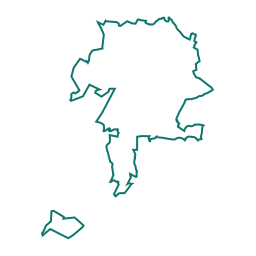 San Cristóbal de las Casas, Chiapas, Mexico, rotated 91°
{"feature_id": "50627088B72406563366189", "entity_name": "San Cristóbal de las Casas", "entity_type": "district", "adm_level": 2, "iso_a3": "MEX", "parent_name": "Mexico", "parent_adm1": "Chiapas", "projection": "robinson", "projection_center": [-92.57, 16.664], "detail": "fine", "context": "isolated", "style": "outline", "palette": "teal", "viewbox_px": 256, "rotation_deg": 91, "n_neighbors": 0, "source": "geoboundaries", "source_scale": "gbopen_adm2", "svg_char_len": 5578}
<svg xmlns="http://www.w3.org/2000/svg" viewBox="0 0 256 256"><g transform="rotate(91 128 128)"><path d="M138.9,58.1L138.5,58.1L137.8,54.3L135.8,55.0L131.1,54.0L128.0,53.9L124.4,53.3L124.1,52.8L123.6,54.2L123.6,55.2L123.2,57.1L123.5,61.4L124.2,62.2L125.2,64.4L124.9,66.2L124.7,66.7L125.0,68.3L125.9,69.7L126.2,70.2L127.2,70.6L129.2,71.7L129.9,71.7L125.9,78.1L125.7,78.1L125.3,78.0L125.4,77.5L124.8,77.4L124.4,77.7L124.1,77.7L123.4,77.7L122.7,77.3L122.6,77.0L122.2,77.3L121.8,77.9L121.7,77.9L121.1,78.3L120.9,78.3L120.6,78.5L120.7,79.2L120.0,79.5L119.3,79.6L119.0,79.2L118.9,79.3L118.9,79.7L118.1,79.9L112.0,77.3L110.8,76.9L109.5,76.0L108.3,75.5L107.5,74.8L106.9,74.7L104.6,73.4L102.2,72.2L98.7,70.9L98.2,69.2L98.1,67.8L98.0,64.8L97.3,62.7L96.6,60.2L95.9,59.2L95.0,57.7L94.8,56.8L94.7,55.5L94.3,54.3L93.6,53.0L92.5,52.0L92.4,51.4L92.2,50.6L91.5,48.9L91.3,48.7L88.9,44.7L88.3,43.9L87.8,44.1L85.7,45.6L84.7,47.3L78.2,55.8L78.0,56.7L77.1,57.0L76.2,60.8L72.7,62.9L72.5,63.1L70.1,63.8L68.6,60.6L67.5,60.7L66.1,61.1L64.3,60.9L63.9,60.9L63.2,61.4L62.8,61.3L62.1,60.3L60.8,59.0L60.2,58.0L60.0,57.6L59.4,57.8L58.4,57.9L55.3,58.7L53.8,59.2L48.5,59.8L46.7,63.1L46.2,63.7L44.9,63.0L43.8,63.0L41.3,61.1L40.9,61.4L40.4,62.8L40.1,63.2L39.1,63.0L38.0,63.0L34.3,61.7L33.3,62.0L33.3,63.1L32.9,64.0L32.6,64.3L32.2,64.9L32.3,65.6L32.8,65.9L33.0,66.6L33.8,66.6L34.8,67.0L36.8,67.2L37.4,67.5L38.5,67.9L37.4,70.0L37.4,70.5L36.9,71.1L36.8,71.6L36.1,72.8L35.3,74.2L33.6,75.4L33.5,75.6L32.7,76.1L31.7,77.2L31.2,77.4L29.2,79.5L28.5,80.3L27.2,81.2L25.3,81.8L24.9,82.1L23.6,83.0L23.2,83.5L22.1,84.4L21.8,85.0L20.8,85.4L20.2,85.8L19.3,86.1L18.9,86.7L18.4,87.2L18.2,87.7L17.7,88.0L17.1,88.5L16.8,88.9L16.8,89.1L16.9,89.3L17.1,89.4L17.5,89.4L18.2,89.2L19.3,89.1L20.4,89.3L20.8,89.9L20.8,90.8L20.7,91.2L20.5,91.5L20.0,92.5L19.8,92.8L18.7,93.2L17.9,93.9L17.3,93.8L17.1,93.9L17.0,94.3L17.2,94.8L17.5,95.1L17.8,95.5L17.8,95.8L17.7,96.3L18.1,96.7L18.4,97.0L18.3,98.0L18.5,98.8L18.8,99.3L19.4,99.6L19.9,100.1L20.1,100.6L20.4,101.5L21.5,102.2L22.0,102.8L23.0,103.4L23.1,103.6L23.4,103.9L23.6,104.4L23.9,104.8L24.1,105.6L24.2,106.6L24.0,107.0L23.9,107.9L24.1,108.1L24.1,108.7L23.9,109.1L23.5,109.8L23.4,110.1L23.2,110.4L23.1,111.2L22.9,111.8L22.6,112.1L22.2,112.4L21.7,112.5L21.5,112.4L20.6,111.9L20.1,115.2L20.1,115.8L20.2,116.3L20.2,116.7L19.5,118.4L19.4,119.4L19.4,120.1L23.6,122.3L23.3,125.8L21.3,130.7L26.2,137.6L26.0,138.5L25.6,139.0L24.6,139.0L23.5,139.2L22.3,141.4L21.7,151.9L21.2,152.3L25.2,154.4L22.8,160.0L24.2,159.3L24.1,159.0L26.1,158.2L28.1,156.9L33.0,154.7L35.1,153.8L48.1,155.1L49.0,154.9L51.2,165.0L54.9,167.3L56.2,167.8L61.4,168.2L62.7,168.9L63.6,169.3L62.1,170.4L62.6,170.6L59.6,177.1L68.7,183.3L77.5,185.5L91.1,177.3L91.2,177.5L91.6,177.6L91.9,177.8L92.2,178.4L92.3,178.5L92.9,178.7L92.9,179.0L93.1,179.5L93.6,180.2L93.9,180.5L94.4,181.2L93.4,182.9L94.1,184.0L94.9,185.0L95.1,185.2L95.8,185.3L97.5,185.1L98.3,185.1L99.5,185.5L100.2,185.5L100.6,185.7L101.0,186.2L101.8,185.3L97.1,173.6L85.4,167.3L90.0,157.1L90.4,158.8L91.3,160.7L93.3,161.4L97.1,155.1L92.2,148.2L89.1,147.2L89.0,141.9L113.6,154.3L122.2,159.9L123.3,155.3L125.2,152.4L125.9,152.2L129.1,151.9L131.6,152.4L131.7,152.1L131.5,151.6L131.2,150.6L130.9,150.1L130.2,149.6L129.5,148.5L129.3,147.8L128.7,147.2L128.6,146.9L128.7,146.5L129.1,146.2L129.4,146.0L129.8,146.0L130.5,146.9L130.8,147.0L131.0,146.9L131.2,146.6L131.3,146.7L131.5,146.3L131.6,145.8L131.6,145.5L131.4,145.0L131.0,144.6L130.6,143.5L130.2,142.9L130.0,142.5L129.5,141.8L129.6,140.8L129.8,140.0L129.8,139.6L129.3,138.5L129.5,138.2L132.1,138.2L132.8,137.6L132.9,137.3L135.5,138.2L136.9,138.3L135.4,146.2L140.4,145.8L142.8,146.1L143.5,146.6L144.3,147.7L145.5,148.9L147.3,149.3L150.4,148.6L152.1,147.9L161.7,145.3L161.9,145.2L163.7,143.0L165.9,142.9L167.0,143.3L171.7,142.4L173.6,142.2L174.8,141.7L179.0,143.2L182.2,144.7L182.1,144.0L181.0,142.8L180.7,141.9L180.6,140.6L181.8,139.3L181.9,139.1L182.0,138.6L181.7,137.6L182.0,136.8L182.4,137.1L182.8,137.2L183.5,137.0L184.2,136.4L184.5,136.3L194.6,140.9L194.9,140.2L195.7,139.7L196.3,139.6L196.5,139.0L196.2,138.6L195.9,138.5L195.8,138.4L195.6,138.0L195.0,137.5L194.6,137.1L193.9,136.6L193.7,136.2L193.5,135.6L193.3,134.9L193.2,130.3L188.3,126.6L184.5,124.1L183.9,123.5L183.7,123.2L183.4,125.8L183.3,126.4L183.4,126.8L183.8,127.4L177.1,124.2L176.5,124.7L175.5,124.6L175.2,124.8L174.8,124.9L174.6,125.0L173.8,125.1L176.4,120.2L176.6,119.6L176.6,118.6L172.1,118.6L171.8,118.5L171.3,118.6L171.1,118.3L169.2,119.3L167.4,119.7L166.9,119.6L165.6,120.0L164.3,120.8L162.8,121.2L161.0,121.0L160.5,121.1L159.2,120.9L158.5,120.4L157.1,120.6L156.9,120.8L156.6,120.5L156.3,120.4L155.3,120.3L154.7,120.4L154.3,120.2L153.6,120.4L151.9,121.3L149.7,122.4L149.6,118.5L136.6,118.7L136.4,117.9L136.5,117.3L136.2,116.5L135.9,115.1L135.9,113.6L135.8,112.0L135.9,107.5L135.8,106.4L136.3,106.6L138.4,107.2L140.7,106.2L140.9,105.9L140.8,105.6L140.7,105.5L140.3,105.6L139.3,105.4L138.7,105.1L138.5,104.4L138.5,104.0L138.1,102.8L137.9,101.1L137.0,100.2L136.4,99.7L136.0,99.1L136.7,98.9L137.2,93.1L137.9,89.1L138.0,88.0L138.7,83.5L138.6,80.9L137.1,78.4L136.9,77.7L136.8,76.2L137.3,74.2L137.6,73.1L138.6,71.7L139.3,70.9L138.5,70.5L137.5,70.3L137.4,69.9L136.4,68.9L135.7,68.1L135.6,67.6L135.6,65.2L135.8,64.0L135.9,62.5L136.1,61.5L136.6,60.5L137.3,59.5L137.9,59.2L138.9,58.1ZM218.4,179.8L219.8,191.1L218.0,190.7L212.1,201.0L212.5,203.1L222.6,203.4L227.0,208.3L232.8,210.6L234.7,212.1L236.9,211.5L235.7,210.2L230.4,204.0L239.2,185.8L238.6,184.7L235.5,180.3L228.1,171.9L226.3,170.8L224.8,172.4L218.4,179.8Z" fill="none" stroke="#0f766e" stroke-width="2"/></g></svg>